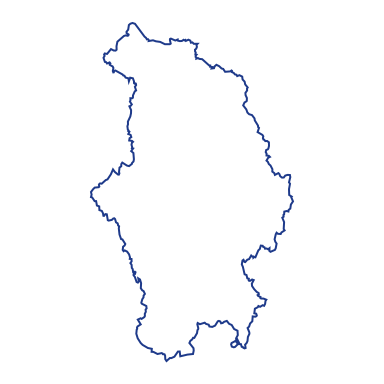 Tsaratanana, Betsiboka, Madagascar
{"feature_id": "10022922B96360954496738", "entity_name": "Tsaratanana", "entity_type": "district", "adm_level": 2, "iso_a3": "MDG", "parent_name": "Madagascar", "parent_adm1": "Betsiboka", "projection": "robinson", "projection_center": [47.615, -17.138], "detail": "fine", "context": "isolated", "style": "outline", "palette": "blue", "viewbox_px": 384, "rotation_deg": 0, "n_neighbors": 0, "source": "geoboundaries", "source_scale": "gbopen_adm2", "svg_char_len": 5978}
<svg xmlns="http://www.w3.org/2000/svg" viewBox="0 0 384 384"><path d="M162.9,354.2L164.5,354.3L165.1,355.6L165.3,359.2L166.5,361.0L169.9,358.0L171.3,358.1L174.4,356.7L177.9,351.6L179.7,351.5L180.3,356.3L187.4,354.6L193.0,354.0L193.7,350.6L193.5,348.2L189.4,343.0L190.4,340.8L192.2,339.4L193.1,337.8L194.3,337.9L197.0,333.2L197.5,330.0L198.1,329.3L198.3,328.2L197.3,324.2L197.7,323.0L199.9,324.2L204.7,322.7L206.0,323.9L208.7,324.7L209.4,326.5L212.3,326.9L215.1,325.6L217.8,321.3L218.9,320.9L220.3,321.5L221.1,323.3L222.7,323.0L224.1,321.8L226.8,320.9L229.1,323.8L231.7,325.0L234.1,329.0L237.5,330.7L237.8,335.1L236.1,338.3L236.7,339.1L235.2,341.1L231.6,343.0L231.1,344.3L231.8,346.6L233.8,347.3L235.1,346.9L237.4,344.6L237.6,343.5L236.0,341.5L237.2,339.2L239.2,343.2L239.2,344.1L240.9,344.1L241.7,346.8L242.7,346.9L243.3,347.8L244.6,348.4L245.6,348.0L245.1,344.7L246.7,342.9L247.5,341.0L247.9,337.0L249.4,333.8L249.3,332.3L247.6,328.0L249.1,326.6L250.1,323.5L252.3,321.3L252.7,316.4L255.3,316.7L256.4,316.2L256.8,315.4L256.2,313.7L254.3,313.3L254.9,308.7L257.8,307.2L258.4,306.0L260.1,306.8L262.7,305.2L264.1,305.8L265.1,303.9L265.5,300.9L266.3,299.7L263.6,298.6L261.0,298.5L260.3,297.9L260.5,297.0L258.1,295.9L257.6,295.1L258.8,294.3L258.6,293.0L256.7,291.9L254.2,289.2L252.1,286.1L251.8,283.7L253.7,280.1L252.1,279.5L250.1,280.8L249.1,280.8L248.6,280.1L248.8,278.7L247.3,278.3L246.5,275.0L244.6,274.3L242.9,266.9L241.8,264.4L242.5,260.5L243.5,259.8L244.5,261.9L245.2,262.1L247.3,259.7L249.1,259.1L251.2,255.5L252.3,256.6L253.3,256.5L253.4,257.7L254.2,257.0L255.4,257.3L258.3,250.4L259.8,249.0L260.8,245.6L262.7,245.8L263.2,246.9L264.5,247.3L265.0,248.7L266.7,248.5L268.1,249.3L269.5,248.2L269.4,250.9L270.5,251.8L274.9,249.9L275.7,248.3L276.6,243.6L275.3,241.7L274.6,239.3L275.8,234.2L276.6,232.7L277.9,233.8L280.7,234.0L281.4,232.5L284.6,230.4L283.7,229.0L284.1,222.1L282.3,217.7L283.6,216.7L283.4,215.0L284.1,214.4L284.3,211.6L286.7,211.0L288.4,211.5L288.7,209.8L290.3,208.6L290.9,204.5L293.0,201.4L291.2,197.1L291.7,196.6L289.2,195.0L289.0,189.1L290.0,183.7L289.0,182.4L290.3,177.1L289.9,175.0L287.5,174.9L285.2,175.6L283.8,177.5L282.0,177.6L280.2,176.2L279.4,174.1L278.4,173.1L274.9,174.9L274.3,173.1L272.3,171.6L272.4,169.2L270.5,165.5L268.8,164.0L267.9,161.9L266.5,160.6L268.2,157.7L269.9,156.9L268.8,155.8L266.5,155.5L266.6,153.7L265.7,152.1L266.2,150.0L267.9,149.3L268.4,148.4L269.0,145.9L268.9,142.3L267.1,141.0L265.3,141.1L264.1,139.6L263.4,139.5L262.9,138.1L263.3,136.3L262.4,134.9L257.6,132.1L259.0,127.9L258.1,127.0L258.0,125.6L254.8,120.4L254.5,118.4L252.0,115.1L249.1,114.2L247.4,112.5L246.3,109.4L243.2,105.4L244.5,102.5L246.6,101.2L246.8,100.5L246.9,98.0L245.6,95.2L245.4,92.9L247.1,90.5L247.0,88.6L247.7,87.5L245.2,84.4L244.6,81.6L242.6,79.5L242.2,76.6L239.4,75.2L237.2,76.1L236.4,74.7L234.9,74.4L233.7,72.9L231.9,72.1L232.0,70.9L231.5,70.5L230.3,71.4L225.1,71.8L223.2,68.9L221.6,68.5L219.2,66.2L216.4,64.8L214.6,66.4L214.0,68.2L211.6,68.5L212.2,67.0L210.1,66.7L210.2,65.5L209.1,65.4L202.2,59.2L199.4,58.9L198.0,58.1L196.3,58.7L196.4,57.6L195.6,56.9L195.7,55.7L196.5,54.7L195.4,54.4L195.7,52.4L195.1,51.5L195.0,49.7L196.2,48.7L196.9,46.9L196.5,44.9L197.5,43.8L193.8,43.8L192.4,42.4L190.9,42.7L190.3,40.6L188.4,39.7L185.9,40.9L185.4,39.9L184.4,40.4L183.6,39.8L181.8,41.0L179.6,41.1L177.8,40.6L177.7,39.5L175.3,40.5L170.9,38.6L170.1,38.9L169.9,39.9L170.7,43.6L169.8,44.2L164.9,44.2L160.2,41.9L155.9,41.3L153.0,40.3L148.8,41.0L149.0,40.4L148.0,39.2L146.9,39.4L146.0,37.8L144.6,36.7L135.0,23.8L132.5,23.0L130.4,23.7L128.9,25.0L128.2,29.6L126.5,31.8L126.6,33.1L128.6,34.5L128.4,35.4L127.7,35.8L125.6,35.4L123.9,36.0L117.4,41.7L116.5,46.2L116.6,49.7L115.6,50.6L113.7,50.5L111.0,49.1L107.1,53.9L104.7,53.5L104.1,54.6L104.6,55.9L103.5,57.8L104.9,61.9L106.2,62.2L107.0,63.5L109.6,62.4L110.3,63.3L109.6,63.9L109.7,64.8L112.7,66.5L113.4,68.0L112.8,71.0L113.3,72.4L113.8,72.3L114.1,70.9L115.4,70.5L122.6,74.5L123.3,75.5L124.4,75.7L125.6,77.6L128.4,78.3L128.9,81.3L130.2,77.7L132.9,78.3L134.0,81.4L134.0,83.1L134.6,83.7L135.6,83.4L136.0,84.0L136.1,85.2L134.9,86.8L136.1,90.5L134.8,91.3L133.0,95.4L132.9,97.7L132.0,98.3L130.4,98.2L130.4,100.6L129.9,101.6L131.8,104.4L130.8,105.7L129.4,106.3L131.1,110.1L131.0,113.3L130.3,116.5L127.9,121.6L128.0,124.3L127.4,126.2L127.8,129.5L128.5,130.4L128.2,131.0L129.4,131.7L128.3,134.0L130.6,134.9L131.3,137.1L129.6,138.2L129.2,140.5L132.0,140.9L133.0,141.8L132.0,142.6L131.5,144.8L132.2,147.1L131.9,148.2L133.1,148.5L131.2,151.1L133.4,153.0L133.9,159.3L133.5,161.5L132.1,162.9L131.9,163.9L129.1,166.1L127.0,165.6L122.3,162.6L121.3,164.1L121.2,166.3L119.5,167.6L119.0,172.2L119.4,173.2L118.9,174.6L118.1,174.6L114.9,172.0L113.0,169.4L110.9,174.3L107.5,179.4L105.7,180.1L101.7,183.7L100.1,183.4L99.4,183.9L98.9,184.8L99.3,186.6L98.7,187.2L94.7,187.6L93.1,189.2L91.0,192.0L91.6,194.6L91.0,197.1L92.2,197.5L94.6,201.1L96.1,201.1L96.9,205.5L99.2,206.4L99.4,210.1L101.8,210.9L103.0,213.3L103.4,215.8L104.0,215.9L105.4,214.1L106.8,214.3L107.8,220.2L108.7,220.6L111.8,219.9L113.3,218.5L114.3,218.3L115.1,219.1L116.0,222.3L117.7,223.4L118.1,225.4L119.1,226.3L118.8,228.3L119.5,234.5L121.1,239.1L122.4,239.4L125.3,244.0L124.6,245.5L123.1,246.7L122.7,249.9L123.6,251.2L124.7,250.4L127.1,251.6L129.1,254.4L130.0,257.4L129.8,258.9L131.5,259.0L131.6,261.4L130.4,263.1L131.6,264.8L131.8,267.9L132.7,269.1L133.1,271.9L134.9,271.7L135.5,272.2L135.0,273.9L133.7,273.8L133.5,275.1L134.9,277.0L136.6,282.0L137.9,282.6L138.8,281.5L138.3,278.4L140.0,279.5L141.1,283.2L140.8,288.2L142.2,290.3L143.6,291.1L144.9,293.9L143.6,295.6L143.5,297.4L142.3,299.2L141.3,302.8L141.8,303.7L146.3,306.0L146.6,308.4L145.6,309.6L145.8,311.8L144.8,313.8L144.9,316.0L144.3,317.1L141.6,318.9L140.6,318.3L137.8,319.6L140.7,324.4L137.5,326.5L137.0,327.6L137.2,328.8L136.7,329.6L136.3,333.7L137.7,338.3L140.7,343.0L142.6,344.9L147.9,348.0L151.8,348.8L151.6,351.8L153.4,351.9L157.5,354.0L161.7,353.1L162.7,353.6L162.9,354.2Z" fill="none" stroke="#1e3a8a" stroke-width="2"/></svg>